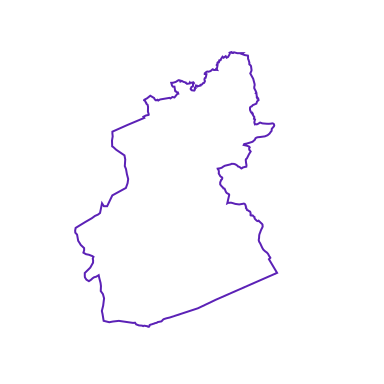 Eloxochitlán, Puebla, Mexico, rotated 285°
{"feature_id": "50627088B39067728533563", "entity_name": "Eloxochitlán", "entity_type": "district", "adm_level": 2, "iso_a3": "MEX", "parent_name": "Mexico", "parent_adm1": "Puebla", "projection": "mercator", "projection_center": [-96.905, 18.503], "detail": "fine", "context": "isolated", "style": "outline", "palette": "violet", "viewbox_px": 384, "rotation_deg": 285, "n_neighbors": 0, "source": "geoboundaries", "source_scale": "gbopen_adm2", "svg_char_len": 6000}
<svg xmlns="http://www.w3.org/2000/svg" viewBox="0 0 384 384"><g transform="rotate(285 192 192)"><path d="M292.6,145.3L292.1,143.7L289.6,145.2L288.8,146.3L289.2,147.8L285.4,149.5L285.2,150.1L284.9,150.1L284.4,152.1L284.5,152.6L283.4,153.3L282.9,152.4L280.6,151.4L278.8,150.6L278.7,148.5L276.8,146.9L277.1,145.9L273.1,137.2L271.6,135.7L272.2,134.9L271.2,133.5L271.7,132.2L273.0,131.0L274.2,126.8L270.8,124.3L268.7,122.0L268.3,122.0L268.2,122.0L267.7,123.3L266.5,124.2L266.4,124.6L266.0,124.7L265.3,125.3L264.8,126.5L262.9,127.5L258.3,128.6L255.8,130.1L255.2,130.1L254.0,127.7L252.1,125.6L251.2,126.7L240.2,112.5L229.7,99.5L228.1,99.9L225.2,101.0L221.0,101.4L215.4,103.1L215.0,104.4L213.2,107.8L209.9,117.3L206.1,119.1L199.6,120.4L197.1,122.3L192.4,124.5L188.0,127.0L183.8,127.5L178.8,127.1L168.1,115.9L156.3,113.7L155.5,110.5L157.8,108.0L147.9,108.6L145.9,107.1L143.8,104.5L140.7,102.0L135.6,96.9L127.2,88.9L124.6,89.1L122.5,89.8L121.1,92.0L115.4,94.7L113.4,96.9L112.1,98.2L109.9,102.3L107.8,102.9L105.3,102.8L104.5,105.7L104.7,108.7L104.3,112.3L103.9,113.6L101.9,113.4L100.3,114.2L98.1,114.7L92.6,113.3L86.0,109.4L83.0,110.2L81.8,110.7L80.0,112.7L79.2,115.5L81.0,117.1L82.9,118.3L84.3,119.5L85.4,121.4L87.5,123.4L84.9,124.7L80.5,127.2L77.6,128.4L72.7,129.5L70.3,132.4L66.5,134.6L59.2,135.6L53.8,135.7L50.9,137.2L44.7,140.0L44.8,145.8L46.4,149.1L48.6,154.7L50.3,169.0L51.0,170.8L49.7,172.3L49.4,175.3L50.0,178.4L49.8,179.5L50.1,179.8L50.5,180.5L50.7,182.8L50.8,183.4L50.7,183.6L50.7,184.1L50.5,184.4L50.6,185.1L50.7,185.3L51.1,185.5L52.1,185.6L52.4,185.5L52.7,185.7L53.4,186.7L53.7,187.3L54.8,188.9L54.9,189.2L55.6,190.0L56.5,191.7L56.9,192.1L57.5,192.6L59.1,195.9L60.0,196.5L61.0,196.9L62.0,197.8L63.4,200.0L65.0,203.0L81.2,227.8L94.1,242.9L135.9,295.1L147.0,283.7L148.7,284.7L149.1,284.4L150.1,283.1L151.8,281.6L152.9,280.0L153.6,278.1L154.8,275.8L156.4,274.2L160.1,271.1L161.3,269.8L162.6,269.0L163.4,268.8L164.8,268.7L167.7,268.1L169.0,268.1L170.6,268.3L172.0,268.4L173.6,268.6L175.9,269.1L176.9,269.2L178.8,268.5L179.3,267.9L180.4,265.8L181.5,263.9L181.1,263.7L180.9,263.1L180.9,262.4L181.3,261.5L182.4,259.6L183.3,259.0L183.9,258.9L184.3,257.9L184.7,257.3L185.0,256.9L185.1,256.6L185.0,256.3L184.8,255.9L184.6,255.2L184.6,254.8L184.8,254.5L185.2,254.4L186.1,254.3L187.0,253.9L187.7,253.5L188.1,253.1L188.2,252.8L188.4,251.7L188.8,250.8L188.8,249.9L189.2,249.5L189.8,249.2L190.1,248.9L190.3,248.4L190.5,248.2L191.4,248.2L191.7,247.8L192.9,247.3L193.3,246.8L193.7,246.6L194.0,246.2L194.2,245.6L194.2,245.0L193.8,244.3L192.2,240.8L191.7,236.9L191.8,234.6L191.8,232.3L191.3,231.3L191.3,231.0L191.2,230.3L190.9,229.8L190.2,229.0L198.8,228.7L199.3,228.4L199.5,227.9L200.0,225.8L200.8,224.8L201.8,224.0L202.8,223.3L203.7,222.5L203.7,222.0L203.6,221.4L204.3,220.8L205.0,219.5L205.8,218.3L206.6,217.3L208.3,216.8L209.6,216.8L210.2,217.0L210.8,217.0L211.2,217.0L211.9,217.6L212.9,217.7L213.5,217.6L214.0,217.0L214.3,215.8L214.8,215.0L215.7,214.2L216.4,213.4L217.1,212.9L217.8,212.9L218.9,212.6L219.5,212.3L220.1,211.9L221.0,210.8L221.2,210.7L222.3,213.2L223.2,214.5L224.7,215.7L225.9,217.0L228.7,222.1L229.5,223.0L230.0,225.3L229.9,226.9L229.3,228.7L229.0,229.4L228.6,229.7L228.5,231.2L228.1,232.4L227.6,233.3L227.5,233.6L228.0,234.2L228.8,234.7L229.2,235.5L229.8,236.3L230.1,237.1L230.5,237.9L232.0,237.7L234.3,236.6L235.9,236.0L236.9,235.6L237.8,235.7L238.5,236.3L243.4,237.3L246.3,238.2L247.2,237.1L247.5,236.5L248.2,236.1L249.3,235.9L250.0,236.2L250.6,235.6L250.8,234.4L250.9,233.1L250.8,229.8L251.8,230.0L253.0,232.4L254.4,234.7L256.2,237.5L258.8,239.2L260.3,239.4L261.2,240.2L261.9,241.3L262.6,243.2L264.6,248.0L266.4,250.3L268.5,251.8L270.0,252.3L271.4,253.0L272.0,253.0L273.6,252.7L275.4,253.5L276.5,254.1L277.6,254.2L278.7,253.6L279.1,252.7L279.1,251.8L278.4,250.4L277.7,248.4L277.2,246.2L276.5,242.2L276.7,239.8L274.9,238.1L274.1,237.1L274.1,236.6L274.0,235.9L273.6,235.3L275.1,234.3L276.3,234.1L278.4,234.1L278.7,232.9L280.5,232.8L281.2,231.9L282.4,230.7L283.0,230.7L283.5,230.3L284.0,229.8L283.5,229.5L284.5,228.2L286.3,226.8L287.6,226.4L288.7,226.2L289.5,226.6L290.1,227.5L291.6,228.2L294.0,231.3L295.8,231.4L296.3,231.4L298.0,232.5L299.5,231.7L299.2,231.0L299.7,230.7L299.7,230.8L300.1,230.6L299.9,230.3L300.1,230.1L300.3,230.0L301.2,229.9L301.6,229.6L303.0,229.1L304.0,228.7L303.8,228.3L303.9,228.1L304.3,228.4L305.1,228.1L305.5,227.7L305.9,227.5L308.2,225.4L308.5,225.2L309.9,224.9L311.1,224.9L312.3,224.6L317.2,221.8L321.6,217.6L324.1,218.0L325.1,218.0L328.9,216.4L329.6,215.6L330.1,214.4L330.5,214.2L331.2,214.1L331.6,213.9L331.9,213.9L334.3,212.4L335.1,211.7L337.6,211.0L338.2,210.7L337.9,207.3L338.2,204.4L339.3,205.2L337.8,199.9L337.8,196.4L336.9,195.8L336.7,194.6L336.9,194.4L337.0,194.2L337.4,194.0L336.8,192.9L336.3,192.3L336.0,192.6L335.2,192.7L334.4,192.6L333.4,192.3L331.8,191.9L330.7,190.7L331.9,189.4L330.7,188.4L329.9,187.8L330.6,186.5L328.9,185.9L327.9,185.6L326.8,185.5L326.6,184.9L326.2,184.2L325.5,184.3L325.4,184.5L324.3,184.4L324.2,183.6L323.9,183.3L323.1,183.1L322.6,183.6L322.4,183.6L322.2,183.7L321.3,183.0L321.0,183.0L320.7,183.9L317.9,184.1L317.5,183.6L316.4,184.7L316.3,184.0L315.5,181.6L315.9,180.5L315.9,180.2L313.6,178.6L312.5,176.9L312.3,175.5L311.3,174.5L310.2,173.8L310.1,174.1L309.3,174.0L309.5,175.1L309.1,175.3L309.2,175.5L307.8,175.6L305.8,175.6L305.5,175.1L305.3,174.9L304.2,174.8L303.1,175.3L302.5,175.8L300.6,175.5L300.0,174.5L298.6,173.9L298.1,173.4L297.9,172.8L297.1,172.7L297.2,172.2L296.4,171.6L295.7,170.3L295.4,170.0L296.0,169.3L295.9,168.3L295.3,168.6L294.7,168.3L294.3,168.3L293.9,168.1L293.6,168.4L293.4,167.8L291.6,168.3L290.6,168.0L290.5,167.8L290.2,165.3L290.3,165.1L291.2,164.0L293.3,164.3L294.1,165.3L294.4,165.5L295.6,165.3L296.6,165.0L297.7,165.7L298.3,164.9L297.3,163.1L297.0,162.0L297.2,161.7L296.3,161.7L295.2,159.2L295.5,158.7L295.7,157.9L296.1,157.7L296.2,155.2L296.7,153.3L295.9,152.6L295.6,152.2L296.7,151.4L296.5,150.0L294.1,147.8L293.3,146.5L292.6,145.4L292.6,145.3Z" fill="none" stroke="#5b21b6" stroke-width="2"/></g></svg>